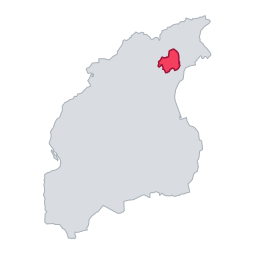 where Zanjan sits in Iran, rotated 86°
{"feature_id": "IRN-3234", "entity_name": "Zanjan", "entity_type": "Province", "adm_level": 1, "iso_a3": "IRN", "parent_name": "Iran", "parent_adm1": "", "projection": "orthographic", "projection_center": [48.438, 36.394], "detail": "fine", "context": "in_parent", "style": "filled", "palette": "rose", "viewbox_px": 256, "rotation_deg": 86, "n_neighbors": 0, "source": "natural_earth", "source_scale": "10m", "svg_char_len": 4555}
<svg xmlns="http://www.w3.org/2000/svg" viewBox="0 0 256 256"><g transform="rotate(86 128 128)"><path d="M121.7,68.9L124.5,68.8L129.6,66.7L130.0,66.3L131.4,62.6L133.0,60.9L136.0,58.8L137.9,58.0L144.9,57.7L145.3,56.2L146.5,55.4L154.1,55.1L155.3,56.1L156.0,58.1L162.5,59.3L163.8,59.8L165.5,61.2L166.8,61.4L168.4,60.6L169.5,61.0L171.1,60.4L176.2,62.0L177.1,64.2L178.1,65.2L179.3,66.0L183.5,67.3L184.7,68.2L188.1,72.0L196.0,70.9L196.6,71.7L196.7,73.5L197.8,77.7L197.4,79.4L198.6,80.7L198.8,83.4L199.5,85.2L198.9,87.9L198.0,88.5L198.8,90.7L198.3,93.0L198.5,93.9L197.5,95.9L197.5,96.6L195.4,98.7L197.4,101.0L194.8,101.5L193.5,104.4L194.3,107.6L194.1,109.3L194.5,110.2L195.2,110.8L198.8,111.0L198.9,111.4L195.7,116.6L196.1,118.4L199.9,127.6L200.0,132.4L200.9,137.3L210.1,137.5L211.3,138.6L212.3,141.2L212.5,143.3L212.3,144.3L203.5,158.2L209.4,163.7L209.7,165.0L213.6,170.6L216.9,173.3L222.2,174.2L224.8,176.2L226.9,175.7L227.1,178.8L228.6,185.1L228.3,188.1L230.2,188.5L232.9,187.6L234.0,188.0L234.6,189.0L234.0,189.7L234.4,192.2L233.8,192.8L233.7,195.2L229.6,196.0L225.8,197.6L224.5,198.7L223.8,200.5L222.5,200.5L222.2,201.2L219.5,202.8L219.0,207.8L218.1,209.1L218.0,216.1L217.3,216.3L216.1,217.6L207.3,216.5L206.3,215.0L205.4,214.8L204.3,216.5L199.9,216.1L198.5,216.6L197.5,216.2L195.2,216.5L193.3,215.7L188.6,217.0L185.7,215.6L182.6,215.5L178.8,215.9L175.6,214.9L174.0,215.5L173.3,214.7L168.6,214.3L166.9,211.3L166.8,209.8L165.5,207.2L164.8,203.3L163.6,200.5L161.5,198.3L156.2,197.4L153.6,198.3L151.6,199.8L148.3,200.9L145.9,203.7L144.4,203.6L138.4,207.6L137.1,207.6L132.4,205.5L130.4,205.2L126.2,205.5L123.9,204.0L123.2,202.9L117.7,200.6L114.3,198.5L113.2,196.3L111.7,194.8L108.4,193.7L106.5,192.4L101.4,192.0L97.8,188.7L97.8,187.6L95.6,183.9L95.2,181.2L94.7,180.5L92.9,179.4L92.7,178.7L93.0,176.9L90.7,175.9L90.4,175.1L90.3,172.4L84.8,166.1L83.7,162.5L82.7,162.4L77.9,164.8L76.5,163.5L72.3,161.3L71.7,160.4L72.8,160.0L73.8,160.4L74.5,159.9L74.2,159.1L73.2,158.7L71.7,158.7L72.1,159.4L70.8,160.1L70.5,161.0L70.8,163.7L70.3,164.4L68.0,164.9L66.7,165.7L65.4,164.8L65.0,162.8L64.2,161.6L63.1,161.1L62.2,159.9L60.7,159.2L60.7,152.5L57.0,152.3L57.1,147.2L58.8,142.1L55.3,137.5L53.8,134.0L52.9,133.3L51.1,133.4L45.1,128.5L43.1,127.3L40.2,126.8L39.9,125.2L40.7,123.3L39.3,120.9L38.9,120.2L37.8,119.9L37.9,118.4L36.4,118.4L33.6,114.2L32.8,113.5L34.5,110.4L33.4,107.8L34.2,105.7L35.6,105.8L36.1,102.9L38.8,100.0L41.1,98.8L41.3,97.9L40.9,96.3L39.5,94.3L39.8,92.6L40.2,91.7L42.6,90.9L42.7,90.5L41.6,89.9L37.5,89.7L35.4,87.7L33.3,87.1L32.2,82.7L31.8,82.1L30.8,81.9L30.3,81.1L30.0,78.2L28.6,76.8L27.6,72.4L27.6,71.4L28.0,70.4L25.8,68.5L25.6,65.6L26.1,64.9L23.6,62.7L22.5,62.6L22.4,62.2L24.3,57.8L25.0,56.8L23.5,56.1L23.6,53.9L23.3,52.0L23.5,50.3L22.6,48.9L22.3,48.2L22.8,46.2L21.8,45.2L21.4,43.2L25.0,42.7L25.8,39.6L27.2,38.4L29.4,40.0L32.4,45.2L34.3,46.7L35.7,48.5L42.6,50.5L44.1,49.9L46.5,50.1L49.5,47.0L50.9,46.6L54.5,43.5L58.8,40.6L61.0,40.2L64.3,43.9L62.4,45.0L62.1,45.9L62.3,46.8L63.8,47.8L64.0,48.8L63.5,49.3L61.5,49.9L61.0,50.9L63.1,52.6L64.1,54.0L65.2,54.4L67.0,56.6L69.8,56.3L70.4,61.8L72.0,66.2L75.0,68.1L82.8,69.5L83.7,70.3L85.0,72.8L87.1,74.5L93.2,77.8L99.9,79.3L104.4,79.0L120.5,74.3L122.0,74.2L119.6,75.3L120.5,75.7L122.6,75.6L123.1,75.2L123.1,74.5L121.7,68.9ZM154.5,201.1L153.6,202.7L152.0,204.1L150.8,203.8L146.0,206.1L144.7,206.0L144.5,205.5L149.8,202.9L150.0,202.3L149.6,201.1L151.3,201.5L153.2,200.4L154.8,200.0L155.6,200.6L154.5,201.1Z" fill="#d9dde1" stroke="#a8b0b8" stroke-width="1"/><path d="M70.0,72.3L71.6,73.2L72.7,74.4L73.2,75.2L73.8,77.3L73.0,77.6L71.8,78.3L71.4,79.3L71.6,80.1L72.2,80.8L72.5,81.7L72.9,82.2L73.4,82.4L73.7,82.5L73.9,82.6L74.1,82.8L74.4,82.9L74.6,83.3L74.8,83.9L75.1,84.5L75.4,85.0L75.5,86.4L75.3,86.7L73.4,87.2L72.3,87.9L71.7,88.6L71.7,89.1L70.7,88.8L70.0,88.8L69.1,89.0L68.5,89.5L68.1,89.5L67.7,89.6L67.3,89.6L67.1,89.8L67.2,90.2L68.5,91.4L69.3,92.5L69.3,92.8L68.9,93.3L68.1,93.6L67.2,93.3L66.3,92.8L64.0,92.8L63.6,92.5L63.2,91.8L63.1,91.5L62.9,91.2L62.7,91.0L59.8,89.2L59.7,88.9L59.9,88.4L60.3,88.0L60.5,87.1L60.5,85.7L60.3,85.0L60.2,85.0L60.1,84.9L60.2,84.7L60.1,84.3L60.2,84.2L60.3,84.1L60.2,83.9L60.0,83.7L60.0,83.4L59.9,83.2L59.5,82.6L54.2,81.5L53.9,81.2L52.6,78.0L52.5,77.5L52.5,76.9L52.7,76.5L54.3,74.9L54.7,74.2L55.0,74.0L55.7,73.7L56.3,73.1L56.7,72.9L57.0,72.7L60.3,72.3L61.2,72.5L61.9,72.4L64.4,72.7L65.1,72.4L65.5,72.1L65.9,71.9L66.3,72.1L67.1,72.9L67.4,72.8L67.6,72.6L67.6,72.4L67.7,72.1L67.9,72.1L68.2,72.2L68.6,72.3L69.0,72.0L69.3,71.9L70.0,72.3Z" fill="#f43f5e" stroke="#9f1239" stroke-width="1.5"/></g></svg>